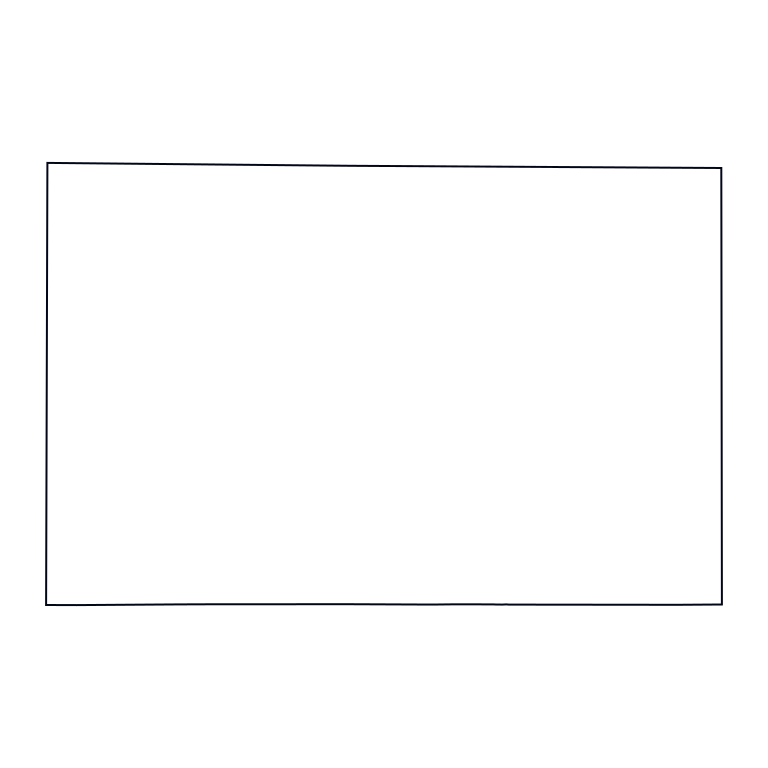 Chautauqua, Kansas, United States of America
{"feature_id": "52423323B34946311974500", "entity_name": "Chautauqua", "entity_type": "district", "adm_level": 2, "iso_a3": "USA", "parent_name": "United States of America", "parent_adm1": "Kansas", "projection": "robinson", "projection_center": [-96.23, 37.151], "detail": "fine", "context": "isolated", "style": "outline", "palette": "ink", "viewbox_px": 768, "rotation_deg": 0, "n_neighbors": 0, "source": "geoboundaries", "source_scale": "gbopen_adm2", "svg_char_len": 399}
<svg xmlns="http://www.w3.org/2000/svg" viewBox="0 0 768 768"><path d="M47.4,162.9L46.1,605.0L76.5,605.1L178.7,604.4L204.2,604.3L342.9,604.2L346.1,604.2L416.9,604.5L438.1,604.5L456.4,604.3L456.5,604.3L493.5,604.4L495.4,604.5L498.6,604.5L501.7,604.6L506.5,604.4L508.9,604.6L677.9,604.8L721.9,604.5L721.4,231.3L721.3,168.0L351.0,165.8L47.4,162.9Z" fill="none" stroke="#020617" stroke-width="2"/></svg>